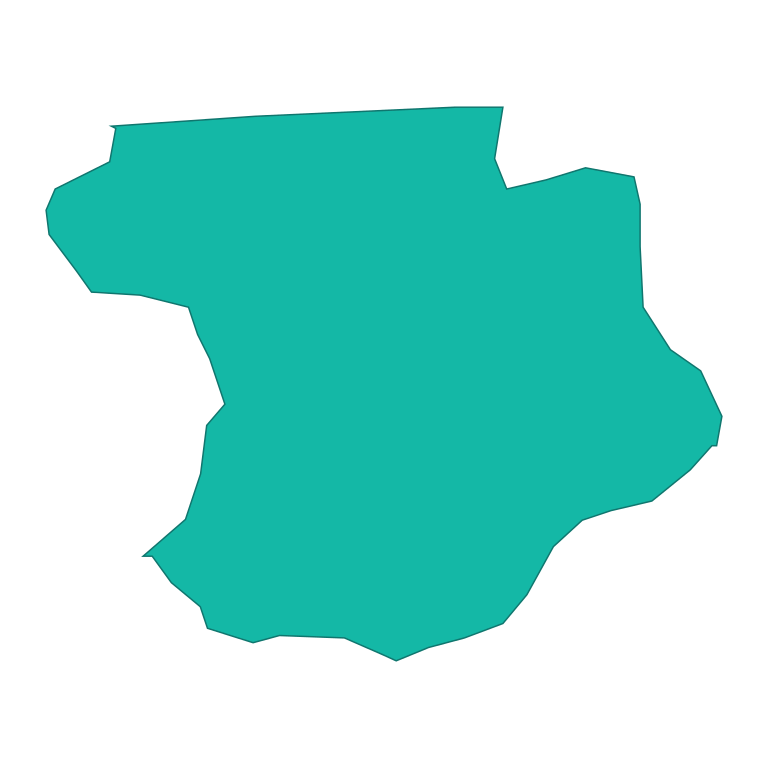 the district of Herrljunga, Västra Götaland, Sweden
{"feature_id": "70781695B89566338626874", "entity_name": "Herrljunga", "entity_type": "district", "adm_level": 2, "iso_a3": "SWE", "parent_name": "Sweden", "parent_adm1": "Västra Götaland", "projection": "mercator", "projection_center": [13.142, 58.022], "detail": "fine", "context": "isolated", "style": "filled", "palette": "teal", "viewbox_px": 768, "rotation_deg": 0, "n_neighbors": 0, "source": "geoboundaries", "source_scale": "gbopen_adm2", "svg_char_len": 763}
<svg xmlns="http://www.w3.org/2000/svg" viewBox="0 0 768 768"><path d="M716.6,445.7L721.9,416.3L700.7,370.9L670.4,349.7L643.1,307.2L640.1,246.6L640.1,204.2L634.0,176.9L585.5,167.8L546.1,179.9L506.7,189.0L494.6,158.7L502.9,107.2L455.2,107.2L255.2,116.3L149.1,123.6L111.4,126.2L115.8,128.4L109.7,161.8L55.2,189.0L46.1,210.2L49.1,234.5L76.4,270.9L91.5,292.1L140.0,295.1L188.5,307.2L197.6,334.5L209.7,358.7L224.9,404.2L206.7,425.4L200.6,473.9L185.5,519.4L143.1,556.2L152.2,556.2L171.4,582.7L200.3,606.7L207.5,628.3L253.1,642.7L279.5,635.5L344.4,637.9L382.8,654.7L396.2,660.8L428.5,647.5L464.5,637.9L502.9,623.5L526.9,594.7L553.4,546.6L582.2,520.2L611.0,510.6L651.9,501.0L690.3,469.8L711.9,445.7L716.6,445.7Z" fill="#14b8a6" stroke="#0f766e" stroke-width="1.5"/></svg>